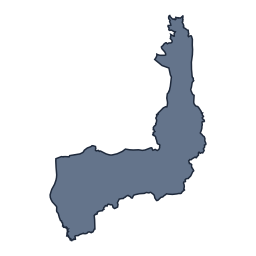 outline of Sam Ngam, Phichit, Thailand
{"feature_id": "78962969B83024489424242", "entity_name": "Sam Ngam", "entity_type": "district", "adm_level": 2, "iso_a3": "THA", "parent_name": "Thailand", "parent_adm1": "Phichit", "projection": "natural_earth1", "projection_center": [100.162, 16.481], "detail": "fine", "context": "isolated", "style": "filled", "palette": "slate", "viewbox_px": 256, "rotation_deg": 0, "n_neighbors": 0, "source": "geoboundaries", "source_scale": "gbopen_adm2", "svg_char_len": 5849}
<svg xmlns="http://www.w3.org/2000/svg" viewBox="0 0 256 256"><path d="M183.0,15.4L182.6,16.3L182.2,16.5L180.6,18.0L178.9,17.9L178.6,18.0L178.5,17.8L178.0,18.0L177.5,17.7L175.8,17.4L175.9,19.1L175.2,19.7L174.6,19.5L174.1,18.8L173.2,19.3L172.4,18.9L170.2,16.6L169.8,15.5L169.2,15.7L169.1,16.2L168.6,17.0L168.7,18.5L169.0,19.1L170.1,20.3L169.6,21.6L170.6,23.9L170.8,25.3L168.1,25.5L168.0,26.6L169.1,28.0L168.8,29.4L169.0,30.0L169.7,30.4L171.0,30.1L171.6,30.2L174.0,31.6L174.9,31.7L174.9,32.0L175.2,32.0L174.1,33.7L174.3,36.1L173.7,36.2L170.7,34.4L171.0,35.8L170.6,36.3L170.7,37.2L170.3,38.6L171.6,39.9L172.1,40.7L172.1,41.7L171.6,42.6L170.5,43.0L169.0,42.9L167.4,43.8L167.0,43.6L166.4,42.8L165.6,42.8L163.9,44.1L162.9,45.6L161.4,46.8L161.5,47.7L162.1,48.9L164.7,51.8L165.2,52.7L165.7,53.9L165.6,55.0L164.4,55.3L160.3,55.3L158.7,55.0L156.8,54.2L156.9,55.4L156.7,56.0L155.9,57.9L155.7,58.0L154.7,59.5L162.0,65.5L168.9,68.0L170.4,75.0L171.4,77.0L170.3,86.6L170.1,87.2L169.3,91.0L168.8,91.2L168.5,92.5L167.3,93.8L166.8,98.1L167.5,102.1L167.5,103.6L167.2,105.8L166.8,106.9L165.7,106.7L163.3,107.9L158.1,113.1L158.0,113.5L158.2,113.9L158.0,114.4L157.7,114.6L157.3,114.3L157.1,114.8L156.6,114.7L156.6,115.5L156.8,116.0L156.5,117.0L156.0,117.4L156.1,118.0L155.9,118.3L156.6,119.8L156.6,121.0L156.2,123.0L155.7,123.4L155.9,124.6L155.5,124.9L155.2,125.6L154.6,125.8L153.9,126.6L153.3,127.6L153.5,128.3L153.2,129.1L153.3,129.7L154.0,129.8L154.5,131.1L154.9,131.6L153.4,132.4L153.1,133.1L153.6,134.0L152.8,134.5L153.2,135.3L154.7,135.8L155.7,137.1L155.9,138.6L156.4,139.7L157.3,143.4L158.1,144.1L159.5,144.6L159.8,145.0L159.8,145.6L159.6,146.0L159.7,147.1L159.4,148.5L158.9,149.3L157.4,150.5L156.9,150.4L155.2,149.4L152.9,150.3L152.5,149.7L151.8,147.9L151.5,147.8L150.5,147.9L145.1,150.0L142.3,150.4L138.7,149.8L133.1,150.0L129.8,149.8L125.4,149.1L122.4,151.4L117.1,153.8L111.9,155.0L110.4,155.0L109.1,154.8L106.1,153.9L100.6,151.1L99.9,151.0L99.3,151.4L98.3,150.4L96.3,150.9L95.5,150.4L95.6,148.7L95.8,148.5L95.5,146.5L93.3,145.8L92.0,145.7L91.0,146.6L87.3,148.0L85.0,149.7L84.2,150.4L83.5,151.8L82.6,152.6L80.0,153.9L69.7,155.6L69.1,156.8L65.5,156.6L63.2,156.7L63.1,156.9L61.4,156.6L55.9,158.7L55.8,160.9L56.1,167.6L56.7,174.9L56.5,177.6L56.0,180.1L54.6,184.2L51.8,189.3L50.9,192.0L50.1,194.9L50.3,197.4L51.1,199.6L52.3,201.8L56.5,206.5L56.7,207.3L56.6,210.9L56.8,211.5L57.3,212.4L58.2,213.3L59.3,217.4L60.5,220.6L61.5,220.9L61.6,222.0L62.5,222.8L62.4,223.4L62.7,223.8L62.7,224.7L62.9,225.2L62.7,225.4L62.6,225.9L63.1,226.0L63.1,226.3L63.4,226.2L63.4,226.6L63.7,226.8L63.6,227.1L63.7,227.3L64.8,227.3L65.8,227.8L65.9,227.5L66.4,227.6L66.4,227.2L66.7,227.4L66.9,227.9L67.1,228.0L66.9,228.5L67.2,229.3L67.8,229.2L67.5,229.5L67.8,229.7L67.7,230.0L67.4,230.2L67.6,230.5L67.6,231.1L67.8,231.2L67.4,231.3L67.5,231.6L67.2,232.5L67.7,232.4L67.5,232.7L67.3,232.8L67.4,233.1L67.2,233.3L67.0,234.3L67.1,234.7L66.9,234.9L66.8,235.6L67.2,235.4L67.0,235.9L68.1,235.8L68.1,236.3L68.7,236.4L68.7,236.6L68.5,236.9L69.9,238.5L70.1,239.5L70.3,239.4L70.5,238.9L70.4,238.5L70.7,238.6L70.7,239.4L71.1,239.9L70.9,240.2L71.3,240.6L71.9,240.6L72.0,240.1L72.4,239.9L73.5,239.7L73.8,239.1L74.4,239.3L74.7,239.2L74.9,239.4L75.4,239.3L75.3,238.1L74.9,236.3L75.2,236.0L75.9,235.7L78.2,235.6L79.6,234.6L83.3,233.3L83.6,233.6L85.2,233.7L86.8,233.4L88.1,232.1L89.4,231.9L91.1,232.7L91.4,232.2L92.0,232.3L93.0,231.8L94.6,228.7L94.9,228.8L94.6,219.4L94.2,215.5L95.3,214.3L95.5,214.6L97.2,213.9L97.2,212.3L99.3,211.1L102.5,210.7L102.7,210.0L104.0,209.3L103.6,208.3L103.8,207.5L104.9,206.7L105.3,205.7L106.0,205.6L107.0,206.1L107.4,205.4L107.6,204.6L108.2,204.2L108.8,204.2L110.5,204.8L111.1,204.6L111.9,204.8L112.5,205.4L113.1,207.5L114.5,208.5L115.4,208.2L117.6,207.0L118.0,204.5L117.4,202.8L119.2,199.1L121.5,198.6L123.3,198.5L124.5,197.4L125.4,197.1L126.2,196.2L128.0,195.4L129.2,196.2L130.0,196.4L131.2,197.8L132.1,198.1L132.5,197.8L132.9,196.6L133.8,195.2L134.7,194.8L139.5,193.7L144.3,193.4L145.8,192.7L146.5,192.5L148.9,192.9L150.4,192.3L151.0,192.5L153.7,194.6L154.4,195.8L154.8,197.9L156.2,200.1L156.8,200.6L157.1,200.5L158.0,200.2L160.9,197.4L162.8,196.9L163.9,195.8L165.7,194.6L166.5,193.8L168.1,194.1L172.4,194.4L176.8,193.9L178.7,193.5L180.6,193.5L181.2,193.3L182.4,191.6L184.5,190.0L184.3,189.5L183.8,189.7L183.7,189.3L184.3,186.8L184.1,184.8L183.5,183.1L183.7,182.1L185.4,181.6L185.5,181.0L185.1,180.3L185.1,179.8L185.9,179.0L187.0,178.6L188.4,178.5L188.7,177.9L190.5,176.2L191.2,175.0L192.6,171.9L193.7,170.8L193.2,169.5L192.6,168.9L192.4,168.1L191.7,167.6L191.5,165.6L191.7,164.7L191.1,164.0L189.4,163.5L189.5,162.7L189.0,162.2L188.7,160.8L189.2,160.4L189.7,159.6L191.0,159.8L192.4,158.6L195.1,157.1L195.7,157.6L196.4,157.7L197.2,156.4L198.5,155.1L198.4,153.0L198.9,152.2L199.2,152.2L199.8,153.0L200.4,153.3L201.6,152.6L202.7,152.9L204.1,150.6L204.1,150.1L203.5,149.4L203.4,148.8L204.6,147.1L204.5,145.0L205.6,144.7L205.9,144.2L205.8,143.2L204.8,140.9L204.9,138.5L204.2,136.7L202.6,135.5L201.8,134.3L200.4,133.3L200.3,132.9L201.2,130.7L201.9,128.1L201.9,126.5L202.3,124.8L202.0,122.9L202.1,122.0L202.6,121.6L203.9,121.7L204.4,121.1L204.0,119.9L202.5,118.7L202.3,118.0L202.3,117.6L203.4,116.7L203.5,116.3L202.3,115.1L202.3,113.5L202.5,113.0L201.5,113.1L201.2,111.5L198.4,107.2L197.5,106.5L196.0,106.1L195.4,105.7L194.0,103.7L193.7,102.1L194.1,95.3L193.0,94.6L192.4,93.9L191.1,90.9L190.7,89.6L191.4,87.3L192.2,82.4L193.7,80.7L193.3,80.1L193.3,78.5L193.1,77.9L192.5,77.7L192.1,75.9L191.5,69.3L191.4,62.1L192.4,54.8L192.5,52.0L192.6,49.6L192.3,45.2L192.4,39.4L191.6,36.6L191.1,35.8L190.0,35.9L188.6,36.7L188.3,36.4L188.1,35.3L188.8,33.8L188.4,32.6L188.2,30.3L187.7,30.3L184.5,28.0L183.6,27.7L183.4,26.7L183.8,26.3L183.6,25.2L183.2,24.1L182.3,22.5L182.3,21.8L182.8,21.3L182.6,19.8L183.0,19.7L182.6,17.7L182.9,17.5L183.0,15.4Z" fill="#64748b" stroke="#1e293b" stroke-width="1.5"/></svg>